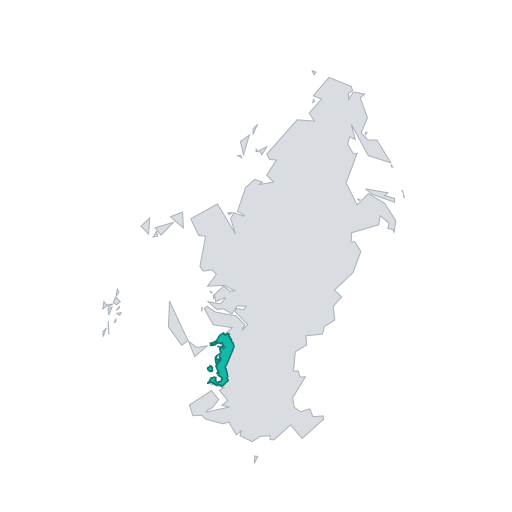 where Nenets sits in Russia, rotated 292°
{"feature_id": "RUS-2381", "entity_name": "Nenets", "entity_type": "Autonomous Province", "adm_level": 1, "iso_a3": "RUS", "parent_name": "Russia", "parent_adm1": "", "projection": "mercator", "projection_center": [54.749, 68.144], "detail": "fine", "context": "in_parent", "style": "filled", "palette": "teal", "viewbox_px": 512, "rotation_deg": 292, "n_neighbors": 0, "source": "natural_earth", "source_scale": "10m", "svg_char_len": 9454}
<svg xmlns="http://www.w3.org/2000/svg" viewBox="0 0 512 512"><g transform="rotate(292 256 256)"><path d="M341.0,372.5L329.7,375.1L331.7,373.0L331.0,368.0L336.1,367.1L339.9,356.1L330.9,358.1L313.3,335.9L304.8,338.9L306.2,342.1L299.5,351.5L277.2,352.2L253.8,341.6L250.1,350.7L238.1,346.4L226.2,353.1L216.4,345.9L208.3,346.8L200.8,332.2L192.5,336.3L181.9,328.3L163.2,334.0L165.3,338.1L160.3,342.3L162.5,347.1L138.1,343.1L130.0,348.3L128.2,355.5L134.4,363.1L128.3,369.0L132.8,378.0L130.2,379.9L104.1,367.1L112.4,351.3L92.3,341.6L91.1,338.0L94.6,336.4L90.3,327.5L82.4,322.0L83.4,308.5L88.5,307.7L82.8,304.9L91.8,292.8L88.1,288.4L85.9,270.2L88.1,265.4L84.3,257.3L92.9,250.1L114.5,265.1L108.9,275.2L98.9,272.3L95.2,269.0L92.7,268.5L106.0,288.0L104.7,280.4L111.6,283.8L117.5,272.5L122.0,275.5L120.2,258.9L126.3,260.1L128.3,264.2L124.0,267.0L127.8,270.8L145.4,256.7L144.1,261.5L159.6,261.0L162.5,250.9L180.7,261.0L176.2,242.0L187.9,227.7L191.1,229.5L188.8,239.2L193.0,260.1L188.0,271.5L181.9,270.8L189.3,274.1L196.6,257.6L199.9,256.8L201.6,264.7L205.8,265.9L202.7,257.3L193.4,255.3L194.8,245.7L191.7,239.3L195.8,228.6L198.1,240.6L204.3,243.1L206.0,243.0L198.8,235.7L204.7,231.9L215.8,237.2L213.6,245.5L215.8,249.2L216.9,237.5L209.8,222.3L224.4,226.1L226.6,220.2L222.3,212.8L225.2,208.0L255.4,201.9L253.6,195.1L266.1,181.6L289.8,200.7L268.8,228.8L281.2,218.4L287.8,219.3L288.1,228.4L288.5,229.8L289.3,230.0L290.3,222.1L315.5,220.7L326.5,226.1L326.9,234.3L323.2,231.8L331.1,244.5L335.0,235.6L352.6,238.9L350.6,232.4L354.6,227.9L397.7,243.1L402.9,259.7L408.5,251.8L426.1,257.9L426.0,249.1L448.9,256.8L448.9,281.0L445.3,283.6L441.4,280.9L435.8,283.2L444.6,284.9L446.8,295.9L441.7,293.5L425.7,307.6L409.8,307.3L405.5,316.5L408.8,324.7L393.0,346.0L391.1,322.6L413.8,295.0L401.2,304.4L401.5,298.1L393.8,299.2L387.1,308.3L389.2,311.3L357.6,312.2L341.2,330.6L356.0,336.9L353.0,355.5L341.0,372.5ZM181.8,192.7L152.2,224.5L145.3,220.6L157.6,201.4L181.8,192.7ZM359.3,332.4L364.0,354.7L360.2,352.7L361.3,362.8L357.7,364.4L356.7,341.0L359.3,332.4ZM139.7,236.8L151.7,225.4L149.0,235.5L154.6,244.6L139.7,236.8ZM345.3,206.5L356.3,198.6L365.6,204.5L345.3,206.5ZM244.4,151.9L256.3,166.9L239.8,160.1L244.4,151.9ZM240.5,138.2L251.3,143.2L236.1,148.2L240.5,138.2ZM260.3,162.0L269.3,171.5L254.8,178.1L260.3,162.0ZM367.5,207.7L373.0,205.7L378.7,208.1L367.5,207.7ZM63.1,332.2L70.2,329.7L70.7,332.6L63.1,332.2ZM134.0,145.9L140.3,143.4L128.1,149.0L134.0,145.9ZM355.3,219.7L361.1,225.0L351.9,223.5L355.3,219.7ZM136.9,255.4L133.6,258.4L132.1,256.4L133.7,253.2L136.9,255.4ZM146.0,141.5L151.8,138.7L154.7,141.8L146.0,141.5ZM165.5,141.2L162.8,147.3L158.6,145.1L159.6,141.1L165.5,141.2ZM171.2,142.4L166.3,141.4L173.3,139.7L171.2,142.4ZM158.0,246.5L159.6,251.9L156.6,247.9L158.0,246.5ZM241.6,154.5L237.6,157.5L235.0,153.5L241.6,154.5ZM149.4,133.8L156.8,132.1L154.1,136.5L149.4,133.8ZM448.9,242.7L445.7,241.8L448.9,238.6L448.9,242.7ZM128.5,142.4L133.0,144.2L124.0,144.5L128.5,142.4ZM188.2,225.6L184.1,226.3L188.2,225.2L188.2,225.6ZM285.5,213.7L287.2,217.7L284.1,215.4L285.5,213.7ZM423.5,250.8L420.9,252.2L419.5,251.0L423.5,250.8ZM156.4,148.7L153.1,146.6L158.5,148.4L156.4,148.7ZM155.6,136.8L157.7,141.2L153.6,138.4L155.6,136.8ZM371.7,366.2L371.1,367.6L369.3,369.5L371.7,366.2ZM150.7,148.4L153.0,152.2L150.0,151.8L150.7,148.4ZM204.4,231.2L201.5,232.8L200.8,232.5L204.4,231.2ZM411.9,312.8L409.8,312.2L411.8,311.2L411.9,312.8ZM355.0,216.2L353.7,219.2L352.9,216.9L355.0,216.2ZM346.9,329.1L347.2,331.3L346.0,330.8L346.9,329.1ZM391.4,346.8L389.7,349.5L389.2,348.7L391.4,346.8ZM145.5,149.5L142.6,150.7L141.5,149.5L145.5,149.5ZM206.4,226.2L205.7,229.1L205.1,228.2L206.4,226.2ZM343.5,203.8L341.7,205.9L342.3,201.5L343.5,203.8ZM365.8,371.3L368.5,369.4L365.8,371.8L365.8,371.3Z" fill="#d9dde1" stroke="#a8b0b8" stroke-width="1"/><path d="M122.3,273.1L122.4,272.9L122.6,272.5L122.7,271.8L123.1,271.6L122.7,270.9L122.9,270.6L122.9,270.2L123.0,270.0L122.8,269.5L122.5,269.2L122.7,268.9L122.5,269.0L122.0,268.6L121.3,268.4L121.2,268.2L121.2,267.8L121.3,267.4L121.8,265.9L121.9,265.3L122.1,265.3L122.1,265.1L121.9,265.1L122.1,264.6L122.0,264.3L122.0,264.0L122.3,263.9L122.4,263.7L122.1,263.7L122.1,263.4L122.3,263.3L122.1,263.3L122.8,262.8L122.2,263.0L122.2,262.7L122.4,261.6L122.3,261.3L120.2,259.3L120.0,259.0L120.5,258.9L121.7,259.7L124.9,259.7L125.6,259.9L126.5,260.4L126.7,261.2L127.9,262.4L127.7,262.5L127.9,262.5L127.9,263.1L128.3,263.9L128.3,264.2L128.3,264.4L127.5,264.4L126.6,264.7L125.0,265.0L124.9,265.2L125.0,265.4L124.9,265.8L124.6,265.9L124.3,266.2L124.0,266.8L124.0,267.2L124.1,267.5L124.3,267.8L125.6,268.6L126.2,270.2L126.7,270.6L127.3,270.5L127.8,270.3L128.0,270.4L128.0,270.5L127.5,271.1L128.0,270.7L128.8,270.5L130.0,270.0L130.3,270.1L130.4,270.3L130.5,270.2L130.5,269.9L130.8,269.3L130.8,268.8L130.7,268.3L130.9,268.0L130.8,267.4L131.3,266.8L131.0,266.0L131.0,265.9L131.5,265.5L131.6,265.9L132.0,265.3L132.6,265.4L133.1,265.1L133.6,265.2L133.8,265.4L133.7,265.5L133.8,265.5L134.1,265.5L133.5,264.9L133.3,265.0L133.3,264.7L133.3,264.3L132.8,263.7L133.0,263.7L133.4,264.1L134.1,264.1L136.3,262.7L135.8,263.1L136.2,262.9L136.7,262.2L137.3,261.8L138.1,260.8L138.4,261.0L138.8,261.0L139.6,260.5L140.0,260.4L139.9,260.3L140.0,260.1L141.2,259.7L141.4,259.5L141.5,259.4L141.5,259.7L141.2,259.9L141.1,260.1L141.7,260.0L141.9,260.2L141.7,260.2L141.7,260.5L141.3,260.8L141.6,261.2L142.0,261.1L142.4,260.6L142.7,260.5L142.8,260.2L142.2,259.4L142.2,259.2L142.5,259.2L142.2,259.1L142.0,259.4L141.7,259.4L141.8,259.1L144.0,257.5L145.5,256.9L146.7,256.6L147.2,256.7L146.7,257.0L144.9,257.3L145.0,257.6L145.1,257.4L145.7,257.5L145.9,257.7L145.5,258.0L145.4,258.3L145.4,258.8L145.2,259.0L145.6,260.0L145.7,260.6L145.4,261.0L144.9,260.6L145.1,261.0L144.5,260.8L144.3,261.0L144.2,261.0L143.9,261.5L144.2,261.7L145.4,261.6L145.8,261.8L146.0,261.7L146.3,261.2L146.3,261.6L146.3,261.9L147.0,261.2L147.5,262.1L147.8,262.1L148.1,261.6L147.9,261.2L148.0,261.1L148.1,260.7L148.5,260.1L149.2,259.6L149.9,259.5L150.6,258.9L151.1,259.2L151.9,259.2L151.8,259.4L152.0,259.1L152.7,259.5L153.3,259.7L153.8,259.6L154.0,259.4L154.5,258.4L155.3,258.3L155.4,258.1L155.3,257.9L155.4,257.7L155.9,257.4L156.0,257.4L155.9,257.8L156.1,258.1L156.4,258.3L156.5,258.4L156.1,258.0L156.1,257.7L156.1,257.4L157.6,256.7L158.4,256.7L158.4,256.8L157.8,256.9L157.6,257.1L158.1,257.3L158.9,258.3L158.8,258.7L158.3,258.6L158.0,259.2L158.0,259.5L158.1,259.8L158.0,260.3L158.1,260.5L159.5,261.1L159.9,260.8L160.2,260.2L160.1,259.8L159.7,259.1L159.8,258.8L160.1,258.5L160.5,258.8L161.4,258.5L162.0,257.9L162.2,257.4L162.6,257.3L162.4,257.2L162.5,256.7L162.4,255.9L162.1,255.5L162.1,255.9L162.0,256.0L161.7,255.8L161.7,255.0L161.6,254.5L161.0,253.6L160.8,252.9L160.6,252.8L160.6,252.4L160.8,252.2L161.8,252.1L161.9,251.9L161.8,251.7L162.0,251.6L161.9,251.3L162.0,251.0L162.5,250.7L162.8,250.9L163.1,251.0L163.7,251.3L164.5,251.5L166.6,251.6L168.5,252.1L170.2,252.9L171.2,253.6L172.3,254.6L172.2,254.8L171.9,254.7L171.7,255.4L171.8,255.7L172.1,255.4L172.1,254.9L172.4,254.9L172.3,255.3L171.7,255.8L171.5,256.1L171.2,256.5L171.3,257.0L171.2,257.3L171.2,257.5L171.7,257.6L171.8,257.4L172.5,258.0L173.0,258.0L173.1,258.5L173.3,258.5L173.2,258.8L173.3,258.9L173.6,259.4L173.9,259.6L173.7,260.1L173.4,260.5L172.3,260.7L171.7,260.6L171.2,260.9L171.1,261.2L171.1,261.5L171.2,262.0L170.9,262.0L170.7,262.1L170.7,262.4L169.5,263.1L169.7,263.5L169.8,263.9L169.6,264.3L169.2,264.5L169.1,264.8L168.5,264.7L167.7,265.3L167.2,265.9L167.1,267.1L164.7,268.8L164.2,269.5L160.5,269.6L160.1,269.8L160.0,269.7L145.3,269.5L141.4,269.0L141.1,269.4L140.7,269.5L140.6,269.8L139.9,270.0L139.9,270.3L139.8,270.6L139.9,270.8L133.8,274.9L131.7,274.8L131.6,275.1L131.3,275.2L130.8,275.9L130.8,276.1L130.8,276.5L130.6,276.7L130.0,276.5L129.3,276.6L127.4,275.4L126.2,275.0L123.9,274.2L123.2,273.7L122.9,273.4L122.6,273.1L122.3,273.1ZM137.0,255.7L137.0,255.9L136.6,256.6L136.5,256.3L136.7,255.6L136.1,256.2L135.9,256.6L136.0,256.7L135.5,257.4L134.8,257.9L134.5,257.9L134.4,258.2L132.8,258.5L132.1,257.6L132.2,257.4L131.9,257.4L132.0,256.8L131.9,256.7L132.0,256.4L131.9,256.3L132.1,255.8L132.0,255.4L132.1,254.8L132.8,253.8L133.6,253.2L134.5,253.2L136.6,254.9L137.0,255.7ZM161.6,251.1L161.3,251.5L161.4,251.8L161.2,251.7L160.9,252.0L160.3,251.8L160.1,252.0L159.9,251.9L159.2,251.8L159.3,251.7L159.1,251.5L159.2,251.4L159.4,251.2L158.9,250.6L158.6,250.6L157.7,250.2L158.2,250.7L157.9,250.8L157.1,249.8L156.8,249.3L156.9,249.0L156.8,248.9L156.8,248.7L156.5,248.4L156.7,248.2L156.4,248.0L157.4,248.3L157.3,248.0L156.6,247.5L157.0,247.5L157.3,247.1L157.2,246.8L157.6,246.7L157.9,246.4L158.0,246.7L158.6,247.2L158.9,247.8L159.1,247.9L159.2,248.4L159.7,248.6L159.7,248.9L160.1,249.1L160.4,249.1L161.1,250.1L161.3,250.1L161.4,250.4L161.4,250.8L161.6,251.1ZM139.0,260.0L139.8,260.1L139.0,260.3L138.1,260.8L138.3,260.5L139.0,260.0ZM158.4,255.5L158.0,255.0L157.3,254.4L158.2,255.0L158.4,255.5ZM146.5,261.2L146.7,261.4L146.6,261.6L146.3,261.6L146.4,261.3L146.6,261.1L146.5,261.2ZM145.5,261.0L145.8,261.0L145.7,261.4L145.5,261.0ZM149.1,257.0L149.5,257.3L148.8,257.3L148.8,257.2L149.1,257.0ZM147.4,256.6L147.5,256.8L147.4,257.0L147.2,256.9L147.4,256.6ZM146.3,257.9L146.7,258.1L146.8,258.1L146.3,257.9ZM133.4,258.7L134.1,258.9L133.2,258.7L133.4,258.7ZM148.1,257.1L148.3,257.2L148.0,257.1L148.1,257.1ZM135.2,257.9L135.0,258.1L135.2,257.9ZM136.2,257.1L136.5,256.9L136.4,257.1L136.2,257.1ZM135.6,257.5L135.8,257.3L135.6,257.5L135.6,257.5Z" fill="#14b8a6" stroke="#0f766e" stroke-width="1.5"/></g></svg>